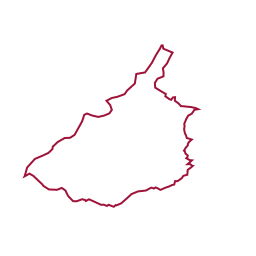 Filousa Kelokedaron, Paphos, Cyprus, rotated 25°
{"feature_id": "46923920B93356137010006", "entity_name": "Filousa Kelokedaron", "entity_type": "district", "adm_level": 2, "iso_a3": "CYP", "parent_name": "Cyprus", "parent_adm1": "Paphos", "projection": "orthographic", "projection_center": [32.738, 34.858], "detail": "fine", "context": "isolated", "style": "outline", "palette": "rose", "viewbox_px": 256, "rotation_deg": 25, "n_neighbors": 0, "source": "geoboundaries", "source_scale": "gbopen_adm2", "svg_char_len": 1799}
<svg xmlns="http://www.w3.org/2000/svg" viewBox="0 0 256 256"><g transform="rotate(25 128 128)"><path d="M124.5,38.5L123.5,39.0L123.4,42.8L122.5,50.4L122.1,58.8L120.0,70.4L112.7,75.5L115.4,84.8L111.4,94.3L110.6,98.8L105.1,104.3L100.7,107.6L97.0,112.4L102.1,114.7L105.7,118.4L104.9,122.7L101.0,126.9L96.4,130.5L90.5,131.8L84.8,132.2L82.8,134.5L83.6,141.5L82.5,156.8L79.6,161.4L74.9,163.8L70.2,170.4L68.1,175.8L67.7,176.4L68.4,179.1L66.4,184.2L61.8,189.7L56.7,195.3L53.3,206.4L54.7,215.1L54.7,215.5L58.0,211.0L62.5,211.4L70.2,214.0L74.2,215.3L75.6,216.2L82.3,217.1L89.8,214.0L93.3,210.3L97.7,211.1L102.4,214.9L109.1,217.5L112.3,216.2L116.6,211.9L119.7,211.4L120.6,212.0L122.8,209.1L128.4,209.0L130.7,209.0L136.1,209.0L138.3,207.8L141.9,207.5L142.8,205.8L148.4,205.4L149.4,203.1L150.1,203.1L153.6,199.3L157.0,191.6L159.1,186.4L163.8,181.3L170.8,177.0L173.1,173.7L174.6,172.1L177.1,171.9L178.1,170.2L180.2,170.1L183.4,170.4L184.1,169.8L187.3,166.1L189.4,164.2L190.7,162.7L191.9,161.2L193.8,159.7L193.1,156.3L195.2,155.3L196.2,153.9L197.9,150.8L198.4,147.9L201.5,145.3L199.8,140.7L201.7,137.3L202.7,135.0L202.3,135.1L199.5,134.5L197.3,135.6L199.6,130.3L197.5,131.0L195.5,130.9L193.6,130.7L194.2,129.3L193.8,127.7L190.8,126.8L189.3,125.0L188.3,124.9L188.7,121.2L189.4,119.1L189.5,118.3L189.0,117.2L189.2,114.9L190.7,111.5L185.4,112.2L183.9,110.3L181.9,108.8L179.4,105.5L178.5,102.4L177.2,100.4L177.1,97.2L177.0,95.2L177.3,91.5L179.8,87.9L180.5,83.5L183.6,81.3L181.1,81.3L176.2,82.4L168.5,85.1L166.8,85.8L163.2,84.3L158.9,83.5L157.6,80.2L155.8,81.3L155.2,84.2L153.0,84.3L149.8,83.7L148.5,83.6L147.8,81.1L146.2,81.1L141.3,80.6L135.6,79.9L133.3,75.8L133.9,70.9L138.3,66.2L136.7,62.5L134.4,59.2L136.1,53.0L136.1,46.6L136.5,40.8L126.5,41.2L124.5,38.5Z" fill="none" stroke="#9f1239" stroke-width="2"/></g></svg>